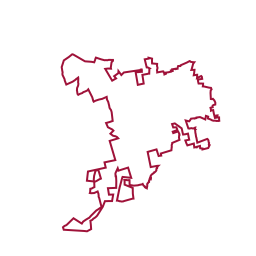 the district of Homún, Yucatán, Mexico, rotated 73°
{"feature_id": "50627088B94698794440678", "entity_name": "Homún", "entity_type": "district", "adm_level": 2, "iso_a3": "MEX", "parent_name": "Mexico", "parent_adm1": "Yucatán", "projection": "mercator", "projection_center": [-89.236, 20.665], "detail": "fine", "context": "isolated", "style": "outline", "palette": "rose", "viewbox_px": 256, "rotation_deg": 73, "n_neighbors": 0, "source": "geoboundaries", "source_scale": "gbopen_adm2", "svg_char_len": 5730}
<svg xmlns="http://www.w3.org/2000/svg" viewBox="0 0 256 256"><g transform="rotate(73 128 128)"><path d="M194.2,159.8L194.4,159.1L195.6,157.4L195.7,157.0L196.5,155.5L196.8,153.9L196.7,153.4L196.9,144.2L197.1,143.4L192.3,142.6L186.7,141.0L181.2,147.8L177.9,146.8L176.6,146.7L177.3,144.7L177.6,144.3L178.3,141.8L182.9,143.1L184.8,139.4L185.7,135.2L185.7,133.7L186.0,131.0L185.8,130.3L187.6,130.0L187.9,129.8L188.7,129.0L189.3,128.8L189.6,129.1L189.9,128.9L190.1,128.4L190.3,128.4L190.3,128.1L190.8,127.8L191.1,127.6L190.4,127.2L189.9,127.1L189.3,126.6L188.3,126.3L187.9,126.3L187.3,125.9L186.9,125.8L186.7,125.5L186.7,125.2L186.3,124.9L186.2,124.6L185.8,124.2L185.8,123.6L185.6,123.5L185.1,123.5L184.3,123.2L184.0,122.9L183.5,122.4L183.9,121.3L183.2,120.9L182.1,120.5L181.8,120.5L181.8,121.3L181.4,121.0L181.1,120.5L180.6,120.4L180.2,120.1L179.7,119.3L179.4,118.9L179.2,118.3L179.0,117.9L179.0,117.5L178.7,117.1L178.6,116.6L178.6,116.4L178.0,115.9L178.1,115.3L177.5,114.1L177.0,113.5L176.7,113.2L176.3,113.0L175.8,113.0L175.6,112.9L175.2,112.6L174.8,112.4L174.7,112.2L174.8,111.8L174.5,111.6L173.9,111.6L173.5,111.2L173.3,110.7L173.0,110.1L172.7,111.3L172.0,117.7L156.6,116.2L156.8,107.0L163.7,106.9L163.8,106.0L164.1,104.3L162.0,104.1L162.0,94.2L162.0,93.0L159.3,91.9L159.1,91.7L157.1,91.2L155.9,90.3L155.2,90.1L154.4,82.2L152.2,82.1L149.2,80.9L149.3,80.7L148.7,80.6L145.9,81.1L146.1,86.2L144.6,86.3L144.4,81.5L143.5,81.3L142.3,81.5L142.0,81.5L141.4,81.7L140.7,84.6L137.1,84.7L137.3,81.9L144.0,76.8L145.9,76.9L147.9,77.1L150.4,77.2L150.6,75.7L150.7,75.4L150.9,72.3L157.1,72.9L156.7,76.8L158.1,76.7L159.2,76.7L162.0,76.3L162.1,69.6L166.0,70.3L166.1,68.7L166.5,68.4L166.6,67.8L166.1,67.6L166.2,64.4L168.5,64.9L169.4,62.7L170.3,63.0L170.6,57.1L168.4,55.1L168.2,55.6L167.2,55.5L166.0,54.8L165.0,55.0L163.4,54.7L162.4,54.9L161.6,55.4L162.3,66.0L157.0,65.4L156.4,65.5L153.2,65.0L152.4,65.0L150.6,64.6L149.6,64.4L148.9,64.5L148.9,64.1L148.6,64.3L148.2,64.1L147.3,63.6L147.3,64.0L147.5,64.6L147.5,65.0L147.4,66.1L147.2,66.6L146.8,67.1L146.6,68.0L146.5,69.3L146.4,69.3L146.0,70.4L137.7,70.6L139.5,67.6L139.1,67.0L138.9,66.5L138.6,66.3L137.5,65.0L138.2,61.4L138.4,61.4L138.5,59.7L138.0,59.5L138.6,56.0L138.8,55.7L142.4,51.6L139.2,49.9L140.6,48.0L142.3,48.8L144.0,46.5L145.2,45.4L146.0,44.2L146.2,43.3L146.7,42.0L147.1,41.5L147.1,41.1L147.4,40.4L147.5,40.0L147.5,39.9L147.6,39.4L147.8,39.2L147.8,38.6L147.0,38.5L144.5,37.8L144.1,39.3L143.0,39.1L142.1,38.7L141.9,39.8L143.0,40.0L144.0,40.1L143.8,41.9L139.2,41.7L135.8,41.3L135.6,42.8L135.7,43.6L134.7,43.3L132.8,43.2L132.8,42.2L132.9,41.0L132.5,41.0L131.3,40.5L131.0,39.3L131.1,37.7L129.4,37.1L128.6,37.1L127.7,37.3L127.0,37.3L124.9,38.3L125.0,39.1L124.7,39.9L124.5,40.3L118.5,38.8L116.2,37.9L115.5,36.8L113.9,36.9L113.1,38.7L110.6,43.0L110.1,44.3L109.1,43.8L107.5,43.2L106.8,45.2L106.1,47.5L104.2,47.4L102.3,47.1L102.4,46.7L102.3,45.7L102.7,42.7L100.5,42.4L99.7,42.8L100.4,47.4L100.0,47.2L97.3,46.3L97.2,46.7L96.8,49.7L94.6,48.6L91.8,47.4L91.0,50.4L90.5,50.0L85.6,46.9L84.5,45.4L83.9,47.0L83.1,48.6L82.7,49.0L82.3,49.1L82.0,49.5L82.6,52.5L83.4,59.3L84.1,59.8L83.4,61.9L84.9,63.0L85.8,63.2L85.6,65.3L85.2,65.3L85.1,66.2L84.8,68.5L85.9,68.4L86.6,68.6L86.5,69.3L85.7,69.2L85.5,70.2L86.7,70.5L86.5,73.2L86.1,75.5L87.2,75.8L87.4,77.5L85.6,77.2L85.4,77.6L84.2,77.7L84.0,78.4L83.4,83.8L82.9,83.6L81.2,83.4L79.2,82.2L77.1,82.1L75.2,81.4L73.3,86.1L71.0,85.5L68.7,84.7L66.8,87.8L67.7,88.0L67.2,91.9L75.5,92.4L75.8,91.5L77.4,89.8L77.5,90.2L82.2,91.8L81.9,92.6L82.0,93.2L81.4,98.7L90.1,100.0L89.6,106.0L77.0,104.4L78.3,98.3L76.4,98.1L76.4,97.8L76.0,97.8L75.9,98.4L76.3,98.4L73.7,115.7L75.4,118.9L70.8,120.5L71.6,120.8L72.7,121.1L74.4,126.1L77.1,124.9L78.1,129.3L64.8,132.5L65.3,129.7L66.3,126.9L65.2,126.8L60.3,124.5L59.3,122.7L58.5,122.5L58.3,123.1L57.2,126.6L57.2,127.8L56.6,129.4L56.4,130.5L54.5,133.6L51.3,138.1L52.2,138.9L52.8,139.2L55.3,141.1L54.0,143.6L51.8,149.3L51.6,149.7L41.7,158.9L41.2,159.8L42.8,163.8L44.6,169.6L50.1,173.4L50.3,173.6L54.6,174.2L55.5,174.2L56.8,174.8L58.0,175.1L62.8,174.4L64.1,174.6L68.4,174.3L67.5,167.3L66.4,163.8L65.9,163.1L65.9,162.5L65.5,161.8L65.4,161.5L65.2,160.9L66.3,161.1L69.9,162.4L71.2,162.5L72.9,163.3L74.9,165.0L77.3,165.9L78.0,165.9L79.8,166.2L80.7,166.3L81.7,165.9L81.6,165.5L81.3,163.9L81.2,161.4L80.6,160.2L80.6,159.6L80.6,158.9L80.3,156.4L80.1,155.8L79.4,154.7L88.2,153.2L92.0,153.3L92.8,153.1L92.4,151.2L92.3,147.3L92.6,144.2L92.0,139.3L93.8,139.6L94.4,139.8L97.2,139.3L101.5,139.5L102.5,139.7L103.8,139.7L105.9,139.0L108.1,139.0L116.8,140.6L116.9,144.2L116.8,147.5L121.4,147.0L124.9,143.4L126.3,142.7L128.3,146.5L130.9,144.7L131.8,143.3L132.2,142.4L133.5,141.1L135.0,140.4L135.0,149.3L155.0,149.5L154.0,160.5L159.4,160.9L157.9,179.0L166.4,182.7L169.2,176.1L167.2,175.8L163.7,174.3L160.6,172.3L159.4,171.8L159.4,170.1L159.4,168.6L168.5,168.7L168.7,170.6L169.4,173.2L169.8,176.1L174.7,177.4L175.0,179.4L175.3,180.5L175.2,181.1L175.1,181.8L178.1,182.9L179.0,183.5L179.6,182.3L180.3,179.4L179.8,175.6L182.3,175.5L184.4,175.9L185.1,176.2L186.1,176.1L186.4,176.0L190.8,176.2L195.8,176.4L197.1,180.4L197.6,182.4L200.8,188.5L201.5,189.7L202.5,191.3L202.7,192.4L203.4,195.2L204.4,198.3L205.9,200.1L204.9,201.0L198.4,206.5L202.5,214.5L202.9,215.5L203.1,217.4L203.9,219.2L206.5,219.2L213.6,200.2L214.8,197.4L213.9,192.8L209.5,191.8L205.7,191.1L205.5,189.4L205.2,188.6L204.9,188.3L204.7,187.8L204.5,187.3L204.0,185.5L203.2,183.8L203.0,183.5L202.8,183.1L196.0,175.2L191.2,171.4L193.2,164.6L187.3,161.6L186.2,165.7L179.7,164.8L181.8,156.8L175.3,154.7L170.9,153.6L170.3,153.6L170.3,153.9L168.0,153.4L167.3,153.0L163.5,149.6L166.0,149.6L165.9,139.5L176.6,139.5L173.2,147.5L174.1,148.2L182.6,153.5L194.2,159.8Z" fill="none" stroke="#9f1239" stroke-width="2"/></g></svg>